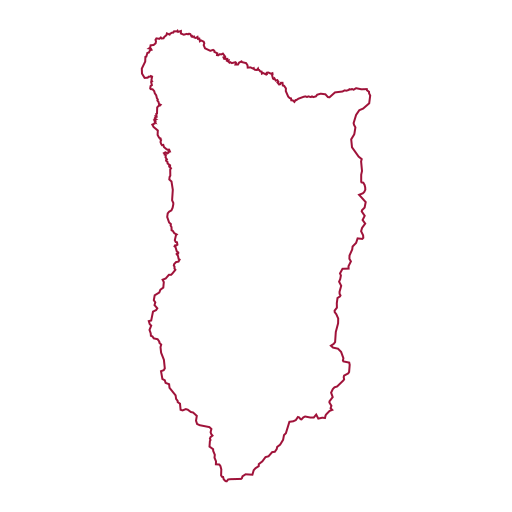 Wiang Pa Pao, Chiang Rai, Thailand (Mercator projection)
{"feature_id": "78962969B36758186979365", "entity_name": "Wiang Pa Pao", "entity_type": "district", "adm_level": 2, "iso_a3": "THA", "parent_name": "Thailand", "parent_adm1": "Chiang Rai", "projection": "mercator", "projection_center": [99.403, 19.272], "detail": "fine", "context": "isolated", "style": "outline", "palette": "rose", "viewbox_px": 512, "rotation_deg": 0, "n_neighbors": 0, "source": "geoboundaries", "source_scale": "gbopen_adm2", "svg_char_len": 5949}
<svg xmlns="http://www.w3.org/2000/svg" viewBox="0 0 512 512"><path d="M225.5,481.1L226.7,481.3L228.1,479.5L230.0,479.2L241.1,478.9L241.9,478.2L242.5,476.3L245.6,474.3L252.4,474.7L253.7,470.2L255.5,468.2L258.7,466.2L258.8,464.1L262.3,461.4L265.5,457.1L268.5,456.3L272.2,452.1L274.8,451.8L276.7,449.1L277.2,446.9L280.1,444.7L283.1,439.8L284.0,435.1L285.9,433.2L289.4,421.8L293.2,421.3L295.8,420.1L297.9,417.0L299.1,417.4L300.6,419.2L301.5,419.4L303.3,417.4L305.1,416.5L310.2,417.5L313.8,417.5L316.2,414.6L318.3,418.6L322.3,417.7L325.0,418.0L325.6,415.3L326.4,414.2L329.6,410.9L332.2,409.9L330.6,408.2L331.4,405.8L329.4,402.5L329.5,401.3L332.7,397.1L331.1,392.7L332.8,389.1L334.5,387.3L337.1,386.5L343.3,380.5L344.1,379.4L343.7,377.1L344.1,375.6L348.2,373.4L349.1,372.0L349.7,364.8L349.2,362.6L343.4,361.4L342.9,360.5L343.4,358.2L341.1,351.9L338.0,348.7L333.0,347.6L330.9,345.7L333.7,343.9L335.1,342.1L335.8,331.9L338.1,323.3L338.2,318.5L336.3,314.2L334.7,312.1L334.6,310.6L336.9,307.7L336.8,303.2L337.5,298.0L340.0,296.4L340.5,295.4L339.6,293.9L339.5,291.9L341.2,285.8L339.1,281.7L340.2,279.1L340.9,275.5L340.0,273.4L342.5,268.8L348.6,268.6L348.5,266.2L350.9,261.4L349.4,258.8L349.5,255.5L352.2,249.5L352.6,246.5L356.1,242.9L357.6,238.4L362.3,238.9L363.3,237.8L363.1,235.3L361.1,231.2L362.1,227.8L365.2,223.6L362.6,220.0L364.7,215.8L361.7,211.4L362.0,210.2L364.6,207.6L365.7,202.1L359.1,194.8L362.9,193.3L364.3,191.9L365.3,189.7L365.2,187.5L364.6,185.0L363.3,182.7L361.5,182.4L361.2,181.7L361.2,174.7L362.0,171.0L361.1,161.4L361.7,159.1L358.6,156.6L352.0,147.3L351.2,139.3L354.2,134.4L354.5,133.0L355.4,127.4L354.0,124.8L353.6,123.1L356.1,114.9L359.3,110.2L363.1,108.6L369.2,103.3L370.2,95.5L369.1,93.4L369.0,91.8L367.0,90.3L366.8,89.1L361.4,89.3L356.1,88.2L353.6,89.7L352.0,89.0L351.0,89.5L349.4,89.2L348.9,89.9L346.4,90.7L344.6,90.4L342.5,91.5L335.0,92.4L329.5,97.3L327.9,97.1L325.4,94.3L320.7,93.7L317.2,94.7L315.9,96.4L313.2,97.1L312.0,96.4L310.9,97.1L308.4,96.4L307.0,97.0L305.4,96.4L303.6,96.8L298.4,98.7L296.2,100.2L295.5,100.1L294.4,101.9L292.8,100.4L291.3,100.3L291.0,98.4L289.7,98.1L288.2,96.6L285.8,91.1L285.9,88.4L284.1,85.8L282.8,85.5L282.5,82.8L280.9,82.8L280.2,84.2L279.1,84.5L277.5,82.5L278.4,81.8L277.3,80.1L275.7,80.6L274.4,78.3L273.6,79.0L273.0,78.6L272.1,75.3L272.6,74.3L272.4,73.2L271.0,73.7L268.2,72.5L266.8,72.7L266.5,73.1L266.9,74.2L266.3,74.6L263.1,73.0L261.9,73.6L261.6,71.6L260.2,71.4L259.2,70.0L258.3,69.8L258.0,68.6L256.9,70.0L255.0,69.8L253.9,69.0L253.7,68.1L252.9,68.5L250.5,67.4L247.7,67.6L247.5,65.3L246.1,63.1L241.9,62.1L241.5,61.4L239.1,62.6L238.0,64.5L235.5,64.5L236.1,62.9L235.5,62.2L231.8,63.1L230.3,62.2L229.5,62.7L228.4,61.5L228.7,60.3L228.0,60.4L227.7,61.2L226.8,60.7L227.2,58.9L224.2,58.9L223.5,57.4L224.7,57.0L225.2,57.7L225.2,56.7L222.9,53.6L221.3,54.4L219.7,54.2L218.3,55.3L217.0,55.1L217.3,53.3L214.4,51.9L214.3,50.7L213.1,49.9L210.3,50.8L205.0,48.3L203.7,45.1L204.3,43.3L203.7,41.7L201.0,40.4L199.9,41.2L199.3,38.6L198.0,38.9L197.5,36.9L195.8,38.0L194.3,37.5L194.0,36.5L192.6,36.8L192.1,36.0L191.5,36.4L190.3,34.1L189.0,33.7L188.1,34.3L186.8,33.9L183.8,34.7L180.9,33.5L180.9,31.0L178.1,31.9L177.5,30.7L176.8,31.4L174.1,31.3L173.3,32.6L172.2,32.6L170.1,33.7L169.6,34.6L166.9,33.4L166.4,35.2L164.3,36.9L163.5,38.3L161.6,38.5L160.8,37.5L159.4,38.8L156.4,38.4L155.5,39.9L156.0,41.2L155.6,43.3L153.6,45.0L150.6,45.3L150.1,47.7L149.1,48.4L150.9,48.7L151.5,49.8L150.1,50.2L148.8,52.6L147.4,52.9L146.3,56.6L145.4,56.9L145.2,61.6L141.8,68.6L142.0,73.6L144.6,77.9L147.7,77.7L148.6,76.7L150.2,76.7L150.8,76.0L152.1,76.6L151.4,80.3L152.1,81.3L151.1,82.0L151.9,85.1L150.6,86.0L150.2,88.4L150.7,89.1L152.6,89.3L154.2,91.1L154.8,93.3L156.2,95.3L156.9,98.2L157.8,99.5L157.4,100.6L158.5,101.9L159.0,104.0L160.6,104.8L159.8,105.6L159.1,105.3L157.2,107.4L157.0,113.5L156.2,114.0L156.6,116.5L155.5,116.3L155.7,117.4L155.0,117.9L155.3,118.7L154.8,118.6L155.6,119.1L154.9,119.2L155.4,120.5L154.4,120.4L155.1,121.9L154.8,121.7L154.8,123.4L152.3,124.6L153.6,127.0L157.8,130.5L157.6,134.9L159.1,137.7L160.6,138.5L160.4,139.5L161.1,140.1L160.5,142.0L161.2,144.0L162.0,145.2L163.3,144.9L164.0,147.1L166.4,149.1L167.4,149.7L169.1,149.6L169.9,151.5L168.5,151.7L168.6,152.5L167.5,153.4L165.4,152.3L164.0,153.1L164.7,153.8L164.6,154.6L165.9,155.1L165.5,157.3L166.9,159.4L166.0,160.2L166.2,160.9L167.5,161.9L167.6,163.5L170.1,165.3L170.1,165.8L169.2,165.9L169.2,166.6L171.0,168.3L170.2,169.5L170.3,175.7L169.6,176.9L169.3,179.5L171.5,181.5L172.8,189.8L172.1,200.3L173.3,202.9L173.3,204.3L172.6,207.8L171.4,210.4L169.1,211.7L167.7,213.4L167.2,217.0L169.1,222.5L170.9,224.1L170.6,225.5L171.5,227.1L171.6,230.3L172.8,230.9L174.3,233.2L176.7,234.5L176.0,235.1L174.8,240.2L175.7,242.0L177.0,242.3L177.4,244.7L176.5,245.3L175.1,245.3L174.5,246.3L175.5,247.1L176.7,251.2L178.3,252.5L178.2,253.4L177.3,253.3L176.6,254.0L178.0,255.9L178.6,258.9L179.6,259.6L178.5,261.6L176.0,262.1L174.1,264.2L173.8,265.6L174.5,266.5L174.5,268.6L175.4,269.8L172.3,273.6L171.1,274.8L168.9,274.8L165.7,278.5L162.6,279.7L163.8,282.1L163.3,287.6L160.4,289.7L159.3,292.5L154.7,295.3L153.8,300.2L155.3,302.4L154.5,305.1L157.3,308.3L156.1,310.1L153.0,311.6L151.2,320.5L148.8,321.1L149.7,324.1L151.2,325.6L149.5,329.9L150.7,333.3L150.9,335.8L152.4,336.4L153.8,338.4L157.6,339.2L159.3,341.6L159.4,342.8L161.2,344.6L160.5,347.1L161.1,352.7L163.9,359.8L164.8,368.4L163.7,370.2L161.0,371.2L162.4,379.0L164.8,380.3L165.6,382.9L169.1,384.2L169.5,387.8L175.6,395.4L176.1,398.9L177.6,400.8L177.7,402.1L180.0,403.7L180.6,409.8L182.6,410.4L185.8,409.1L187.8,409.7L190.8,412.0L193.1,412.5L196.8,415.9L196.0,420.7L197.1,424.0L199.7,425.2L209.4,427.1L211.4,429.0L210.6,432.2L211.2,434.0L212.5,435.6L210.6,437.0L209.9,438.6L210.5,440.0L209.9,441.1L209.5,446.6L213.1,449.2L213.2,450.9L214.8,454.8L214.5,457.7L216.0,461.3L215.9,464.3L219.3,464.5L220.4,466.0L221.3,469.4L221.1,475.4L222.1,476.9L223.1,477.0L223.7,479.3L225.5,481.1Z" fill="none" stroke="#9f1239" stroke-width="2"/></svg>